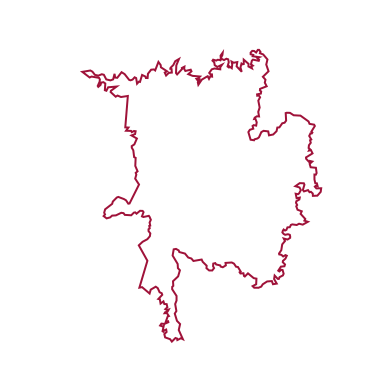 Guarapuava, Paraná, Brazil (Albers equal-area conic projection), rotated 279°
{"feature_id": "56859067B420876687995", "entity_name": "Guarapuava", "entity_type": "district", "adm_level": 2, "iso_a3": "BRA", "parent_name": "Brazil", "parent_adm1": "Paraná", "projection": "albers", "projection_center": [-51.486, -25.326], "detail": "fine", "context": "isolated", "style": "outline", "palette": "rose", "viewbox_px": 384, "rotation_deg": 279, "n_neighbors": 0, "source": "geoboundaries", "source_scale": "gbopen_adm2", "svg_char_len": 6081}
<svg xmlns="http://www.w3.org/2000/svg" viewBox="0 0 384 384"><g transform="rotate(279 192 192)"><path d="M89.3,155.0L90.2,157.6L85.1,166.0L89.1,166.5L92.8,171.0L91.7,173.2L87.9,175.7L87.3,177.9L85.8,178.7L81.1,175.5L81.0,177.0L76.9,178.4L79.5,180.9L77.0,182.2L77.3,184.5L74.3,185.7L72.1,184.0L71.5,185.8L72.3,187.4L70.1,186.6L69.0,184.3L68.0,183.9L68.5,186.1L65.9,188.5L65.5,187.5L59.7,186.4L60.6,188.6L59.7,189.0L57.4,185.4L57.2,182.4L55.1,181.4L54.6,184.1L55.3,185.0L49.9,184.7L49.5,185.7L50.9,186.0L52.1,188.0L49.8,188.8L47.3,186.9L44.2,188.2L43.2,193.4L41.1,195.5L45.2,198.5L44.9,200.2L43.5,200.7L45.8,203.9L45.2,206.0L53.6,200.5L59.7,200.9L62.4,197.3L69.2,194.0L72.0,195.2L78.7,192.9L82.4,193.7L86.9,193.0L92.9,187.6L95.2,187.3L96.4,188.2L100.9,187.2L106.5,191.5L112.8,192.3L114.6,190.0L118.7,189.1L126.2,182.8L132.5,182.9L133.3,185.1L132.2,188.0L130.7,188.9L130.1,194.7L126.7,198.5L126.2,201.8L124.1,204.2L126.8,212.1L124.7,213.5L121.5,218.0L119.0,218.2L117.2,221.2L117.7,224.3L120.3,225.7L122.0,224.4L124.6,224.2L125.4,226.1L124.2,227.2L123.9,231.4L122.8,232.0L122.5,234.2L124.8,236.9L127.2,236.2L128.6,242.3L127.8,244.7L125.1,247.2L125.1,249.1L121.1,252.5L120.2,251.6L119.1,252.6L119.8,255.5L117.2,256.5L116.8,257.4L120.4,260.0L116.6,266.4L116.5,269.2L110.9,269.8L108.5,266.6L107.2,268.4L107.8,272.6L109.4,275.2L111.9,276.3L115.4,280.2L116.5,284.8L113.6,286.4L114.8,290.0L118.9,286.7L122.4,286.7L119.6,290.3L119.7,291.3L121.6,291.8L123.8,294.8L125.6,295.3L129.1,293.7L129.2,292.4L127.2,290.7L127.8,289.5L132.2,291.5L133.1,294.9L135.0,295.2L136.9,292.6L138.2,292.6L140.8,294.7L143.9,295.6L144.3,294.2L142.6,292.1L143.9,290.2L144.0,287.9L144.9,287.6L148.5,289.3L154.4,289.3L158.1,291.5L160.4,289.9L160.0,293.8L162.1,296.1L163.6,295.9L165.0,295.3L165.3,293.4L164.3,290.7L164.9,289.1L166.2,287.6L168.0,287.8L169.3,288.4L168.5,289.9L169.4,291.2L172.0,291.8L172.5,294.1L174.9,294.8L175.7,296.1L175.8,300.6L177.4,302.7L177.1,306.5L180.7,311.1L181.3,307.5L183.1,308.1L187.4,302.7L190.1,303.4L191.0,299.0L194.2,297.2L195.6,297.9L197.6,296.4L199.2,296.5L201.4,299.2L203.3,299.3L202.2,296.3L206.5,294.7L206.4,297.0L207.4,298.0L210.9,299.2L213.3,297.5L213.9,293.2L217.6,297.0L218.1,301.1L216.8,301.9L211.4,301.2L210.1,302.5L212.0,306.3L210.2,308.1L210.8,309.4L209.4,311.5L207.1,312.0L208.0,316.4L212.3,319.1L215.9,319.0L215.0,314.3L216.5,312.5L217.5,313.3L217.5,315.1L220.1,314.0L220.0,312.4L223.5,311.0L228.4,310.2L228.5,311.6L230.2,312.1L235.3,310.6L235.0,305.3L238.2,303.8L240.9,306.0L241.1,303.6L239.6,303.5L242.7,299.5L244.0,299.2L249.0,305.0L252.0,302.9L251.2,301.0L253.0,301.5L253.7,300.3L256.5,300.2L259.2,301.6L261.6,300.5L262.5,301.6L265.7,299.0L268.4,299.8L268.5,301.1L269.5,301.6L270.4,300.5L276.4,303.0L277.6,302.1L277.7,297.4L279.9,296.1L284.4,287.2L283.7,280.4L285.5,276.4L285.1,273.2L284.6,272.2L277.2,273.8L274.9,272.6L274.0,270.4L269.5,268.2L269.0,266.2L265.3,266.0L261.5,263.2L260.0,259.2L263.8,257.8L263.6,253.1L262.0,251.1L256.5,249.6L255.1,248.3L253.8,245.5L252.8,245.2L252.8,241.7L260.0,238.3L262.5,239.4L264.1,242.6L266.7,241.5L267.7,242.5L267.6,245.0L271.0,245.0L274.3,243.1L273.9,242.0L275.2,242.3L276.9,244.2L277.1,246.4L281.5,244.9L286.0,245.6L292.6,243.2L296.2,244.4L297.9,242.8L297.3,241.4L298.6,241.0L300.0,244.6L302.1,244.6L302.9,243.2L304.5,243.1L308.1,249.2L311.4,246.8L314.4,247.0L316.9,244.0L323.2,248.7L329.5,245.4L334.7,245.8L339.0,240.8L339.7,237.4L341.1,237.7L342.9,236.0L342.7,234.8L339.8,233.5L341.0,231.3L340.8,229.4L338.8,228.1L337.2,228.4L337.0,231.0L335.6,230.7L335.7,237.4L334.5,235.6L333.1,237.6L332.0,237.4L332.3,231.5L331.1,230.6L327.4,230.3L326.3,232.3L325.4,230.9L323.5,231.9L324.8,228.1L327.4,227.8L330.8,222.4L326.5,223.1L326.0,221.9L326.6,220.8L322.6,220.4L318.5,222.3L323.1,216.4L327.4,216.4L326.2,213.0L327.0,210.7L324.2,211.8L320.5,211.9L321.9,209.3L320.8,208.9L321.5,207.5L326.0,208.0L328.7,207.0L329.0,205.1L327.3,203.0L328.5,199.5L326.8,199.6L326.6,196.6L325.6,195.4L326.0,192.2L324.9,191.7L323.5,193.7L320.8,194.6L319.5,197.5L322.5,201.8L319.6,200.4L317.6,200.7L317.5,194.9L316.2,192.3L312.3,190.4L311.1,191.9L311.3,193.3L309.1,193.8L309.1,192.0L306.4,191.1L308.8,189.4L308.0,188.3L304.5,184.1L298.9,181.5L301.2,180.6L304.6,181.8L305.0,180.1L307.3,181.8L306.8,174.4L307.8,169.9L311.1,172.6L312.6,171.6L310.5,166.5L312.4,165.0L314.6,164.9L312.9,162.6L312.0,163.0L305.8,158.9L307.0,157.6L314.6,156.7L321.3,158.3L318.6,155.0L314.5,153.7L311.3,151.4L310.3,151.3L310.2,152.6L306.8,153.4L306.0,150.4L303.0,148.2L305.7,146.4L307.3,148.5L310.3,141.8L312.5,141.2L315.2,138.5L306.3,136.6L307.1,135.2L306.4,132.5L301.9,130.0L297.6,130.3L297.4,128.6L298.7,128.0L299.8,124.4L292.6,123.4L292.7,122.3L290.4,120.8L295.8,119.0L296.3,117.4L293.7,115.7L292.7,113.8L292.9,112.4L297.9,107.0L299.3,103.7L293.1,100.3L293.0,98.2L296.6,97.0L290.9,96.5L289.5,94.0L289.8,89.7L294.0,86.6L294.2,84.5L292.3,81.3L292.5,77.8L295.3,74.8L296.1,72.6L293.5,64.9L289.1,73.0L290.3,74.7L290.2,82.3L288.8,83.4L286.5,83.5L282.0,82.3L281.2,83.0L283.4,84.9L285.9,85.2L286.6,87.4L285.6,89.4L278.9,90.0L278.6,91.6L282.3,92.8L284.4,101.1L279.3,96.1L278.0,96.0L274.2,101.7L275.6,103.4L274.7,107.0L276.8,113.6L245.4,116.0L245.7,119.1L242.2,117.3L242.8,122.3L241.7,123.2L243.2,125.2L243.2,126.8L240.3,126.7L238.4,123.4L236.2,129.2L230.0,127.6L227.9,125.3L226.3,125.6L224.0,127.5L217.4,129.4L216.9,131.0L208.9,131.9L203.9,135.0L202.1,133.4L200.4,134.3L196.3,133.8L191.1,138.5L170.9,132.1L170.5,130.9L173.5,128.1L174.4,125.8L175.6,120.0L174.8,118.6L170.2,115.3L167.8,115.0L161.3,108.9L157.8,108.5L156.2,109.6L154.4,108.5L152.6,111.8L154.1,115.1L156.2,116.8L157.0,120.5L160.4,125.4L160.4,127.7L158.9,129.2L159.5,135.6L162.5,137.8L163.0,139.1L161.9,140.6L165.3,143.6L165.6,146.2L164.5,147.3L160.1,146.4L159.7,147.9L161.7,153.1L160.8,154.0L158.1,155.7L155.2,154.9L152.3,156.0L151.8,155.1L149.5,155.9L148.4,154.9L146.6,155.2L144.6,157.3L141.7,157.3L138.4,155.3L135.1,151.0L131.0,147.8L117.1,158.7L89.3,155.0ZM305.0,180.1L303.7,179.5L304.5,178.7L305.0,180.1ZM328.5,199.5L332.1,200.6L334.4,200.5L331.2,198.9L328.5,199.5Z" fill="none" stroke="#9f1239" stroke-width="2"/></g></svg>